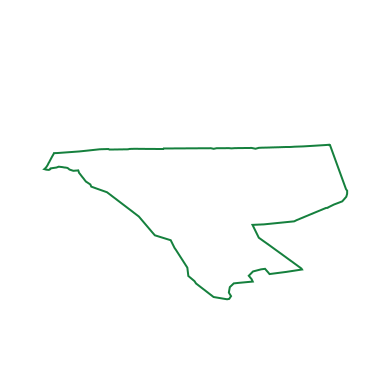 Vangaži, Incukalna, Latvia, rotated 200°
{"feature_id": "27541924B71399173551608", "entity_name": "Vangaži", "entity_type": "district", "adm_level": 2, "iso_a3": "LVA", "parent_name": "Latvia", "parent_adm1": "Incukalna", "projection": "natural_earth1", "projection_center": [24.537, 57.092], "detail": "fine", "context": "isolated", "style": "outline", "palette": "green", "viewbox_px": 384, "rotation_deg": 200, "n_neighbors": 0, "source": "geoboundaries", "source_scale": "gbopen_adm2", "svg_char_len": 1962}
<svg xmlns="http://www.w3.org/2000/svg" viewBox="0 0 384 384"><g transform="rotate(200 192 192)"><path d="M62.1,156.8L63.0,157.5L101.0,168.4L108.3,170.4L113.6,171.9L123.9,181.8L113.3,186.2L85.9,199.4L84.1,201.3L60.7,222.8L59.1,223.5L59.0,223.9L54.3,228.8L51.5,231.2L47.6,234.6L45.4,240.3L45.6,243.3L46.6,246.2L48.3,247.4L63.4,265.4L78.4,283.3L79.1,283.0L79.3,283.3L82.8,281.7L95.2,276.3L103.3,272.8L111.0,269.7L113.7,268.5L115.8,267.6L119.4,266.3L121.4,265.5L125.6,263.8L128.4,262.7L132.2,261.2L134.9,260.1L138.5,258.7L141.6,257.5L144.2,256.4L144.4,256.3L147.1,254.4L151.0,253.8L166.7,247.9L169.8,246.5L172.1,245.9L183.8,241.6L186.4,240.0L189.2,239.6L233.5,223.2L233.6,222.6L253.5,215.5L255.4,214.8L259.3,213.5L263.7,211.8L265.6,211.0L266.6,210.3L284.2,203.6L285.1,203.8L285.5,203.7L293.3,200.6L304.7,195.0L311.9,191.5L332.0,182.5L335.0,181.3L335.0,180.7L335.7,176.6L336.3,172.2L336.4,171.2L336.6,170.5L336.7,169.6L336.9,167.8L337.3,166.0L337.8,164.6L338.1,163.9L338.6,163.0L337.6,163.1L336.9,163.1L336.0,163.3L334.8,163.6L334.0,163.9L333.5,164.3L333.2,164.7L333.0,165.0L333.2,165.4L333.0,165.8L329.3,167.8L327.8,168.6L325.9,170.2L325.7,170.2L325.5,170.3L322.1,171.1L320.2,171.4L319.7,171.6L317.5,172.0L316.7,171.9L316.4,171.8L314.8,171.2L311.3,171.3L310.6,171.4L309.3,172.0L308.9,172.2L307.5,172.8L306.3,173.4L305.7,172.7L304.8,171.5L303.9,170.9L303.7,170.8L302.9,170.3L300.4,168.7L298.2,167.4L297.2,166.7L295.2,165.5L293.8,165.2L290.1,164.3L288.5,162.6L283.0,162.6L271.8,162.7L240.6,153.0L239.7,152.7L233.6,150.8L215.7,140.6L212.1,138.6L195.5,139.4L189.3,133.5L187.3,132.1L170.5,119.3L166.7,111.8L159.2,109.1L156.9,107.4L135.8,100.7L122.3,103.2L120.5,104.3L119.7,107.5L122.3,109.5L123.0,110.2L123.8,114.8L123.9,115.6L121.8,119.8L121.5,120.4L116.8,122.7L104.3,128.6L106.2,130.5L110.0,132.7L107.5,138.2L100.7,142.9L97.1,144.8L96.4,144.4L93.7,142.9L93.1,142.6L91.1,141.4L76.2,149.1L62.5,156.6L62.1,156.8Z" fill="none" stroke="#15803d" stroke-width="2"/></g></svg>